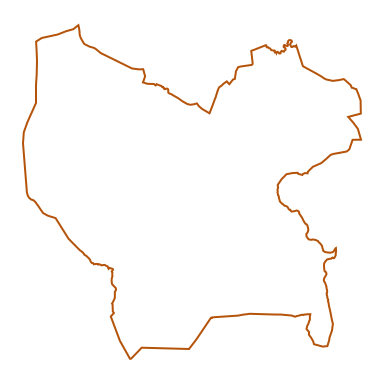 the district of Bagudu, Kebbi, Nigeria
{"feature_id": "59680162B25890229119009", "entity_name": "Bagudu", "entity_type": "district", "adm_level": 2, "iso_a3": "NGA", "parent_name": "Nigeria", "parent_adm1": "Kebbi", "projection": "natural_earth1", "projection_center": [4.112, 11.314], "detail": "fine", "context": "isolated", "style": "outline", "palette": "amber", "viewbox_px": 384, "rotation_deg": 0, "n_neighbors": 0, "source": "geoboundaries", "source_scale": "gbopen_adm2", "svg_char_len": 5852}
<svg xmlns="http://www.w3.org/2000/svg" viewBox="0 0 384 384"><path d="M145.1,76.4L143.2,69.2L139.1,69.4L132.1,68.5L100.8,53.1L96.2,49.3L94.1,47.9L89.7,46.7L85.9,44.8L84.1,43.8L81.4,39.2L80.3,36.9L79.7,34.8L79.5,31.6L79.2,29.0L78.8,26.9L78.4,25.2L76.2,26.9L73.5,29.1L65.9,31.3L57.7,34.5L41.7,38.0L36.1,41.6L36.7,52.5L37.0,61.3L36.7,74.3L36.0,85.0L36.0,103.0L27.4,122.2L23.8,132.3L23.0,143.2L26.9,192.4L27.8,195.6L29.2,197.9L31.1,199.5L33.4,200.2L35.2,201.8L38.1,205.8L43.1,213.1L47.9,215.7L55.6,218.1L68.5,238.7L79.8,250.2L82.4,252.1L83.9,253.7L84.6,255.0L86.1,255.7L87.4,256.9L88.3,257.8L89.3,258.7L90.1,260.0L90.5,261.1L91.2,262.4L91.8,262.9L93.1,263.1L93.8,264.3L95.2,264.0L97.1,263.9L97.8,264.0L98.1,264.6L99.3,264.2L101.5,265.3L104.5,264.9L107.7,266.5L108.2,268.0L108.6,268.8L109.4,267.9L112.7,268.9L113.0,269.8L111.7,271.5L112.4,272.8L112.2,274.9L112.5,276.1L112.0,277.5L111.6,279.8L111.7,281.7L112.0,284.0L113.3,285.5L115.8,288.1L116.0,290.0L114.9,291.8L114.8,298.2L112.5,302.9L112.0,303.6L112.6,304.4L112.8,311.4L113.9,313.0L110.8,316.5L119.9,340.8L130.0,358.8L131.1,358.7L141.7,347.7L189.0,349.0L196.4,339.4L210.9,317.9L211.4,318.1L211.9,318.0L211.9,317.6L212.4,317.5L212.7,317.3L238.2,315.6L242.1,314.8L249.8,313.8L274.0,314.5L280.2,314.5L291.4,315.5L295.2,316.7L297.3,315.9L298.2,315.8L299.7,315.4L300.4,315.1L301.5,314.9L301.9,314.7L303.5,315.0L304.0,314.6L304.5,314.5L305.2,314.5L305.9,314.5L307.3,314.2L308.0,314.3L310.3,314.2L310.2,314.9L309.8,316.8L309.9,317.8L309.8,318.7L309.9,319.8L309.1,321.4L308.4,323.7L307.3,325.7L306.5,329.0L309.1,332.1L308.9,334.7L311.2,337.8L313.2,341.4L314.0,344.2L322.8,346.6L327.4,346.1L329.2,340.1L329.5,337.7L331.6,331.6L332.0,330.5L332.9,323.9L331.8,319.4L330.3,311.5L328.9,305.5L328.6,303.2L327.9,300.8L328.3,300.1L328.0,299.3L327.3,297.8L327.3,296.4L326.7,294.7L326.9,293.9L326.6,293.2L327.1,292.3L327.2,291.0L326.5,288.0L326.4,287.3L326.5,286.6L326.0,285.6L325.6,284.2L324.9,282.5L324.2,281.5L323.8,280.4L324.1,278.4L325.2,276.6L326.5,274.1L326.1,272.3L324.7,271.3L324.3,269.6L324.2,268.2L324.0,266.6L324.0,265.6L324.1,263.6L325.1,261.7L326.3,260.4L326.9,259.6L327.6,259.3L328.4,259.2L329.0,258.9L329.6,258.8L330.5,258.8L331.2,258.6L331.6,258.1L332.5,257.6L333.2,258.2L334.1,258.1L334.3,257.6L334.7,257.3L334.9,256.9L335.6,255.5L335.8,254.8L335.6,253.8L336.1,251.6L335.9,248.1L335.3,248.5L335.0,249.2L334.5,249.8L333.7,251.3L333.1,251.9L332.1,252.3L330.0,252.7L329.3,252.7L328.8,252.6L325.3,252.1L324.4,251.6L323.3,250.9L323.1,249.8L322.5,248.2L322.3,247.1L321.9,245.7L320.2,243.5L319.6,242.9L318.6,242.1L318.1,241.1L315.5,239.9L314.4,239.8L313.2,239.4L311.5,239.8L310.6,239.7L309.7,239.6L308.6,239.3L307.7,238.2L306.9,237.0L306.4,236.1L306.5,235.3L306.3,234.2L307.1,233.1L307.6,232.4L308.3,230.2L308.2,228.6L307.8,227.3L307.5,225.8L307.2,225.1L306.8,224.5L305.4,223.7L304.5,222.4L303.8,221.2L303.1,219.9L302.2,217.9L301.4,216.7L300.9,216.1L300.6,215.4L300.0,214.8L299.6,214.3L299.6,213.8L299.1,213.2L299.1,212.3L298.8,211.6L298.3,211.1L297.5,210.9L297.2,210.6L296.6,210.5L294.6,211.1L291.8,211.6L291.1,211.3L290.3,209.8L289.7,209.9L289.2,209.6L288.5,208.7L287.9,207.6L287.4,206.9L286.4,206.2L284.3,205.6L283.2,204.4L282.5,204.0L281.5,203.1L280.4,202.0L279.8,201.1L279.6,200.2L279.4,199.6L279.2,198.8L278.9,198.1L278.9,196.9L278.4,195.5L278.0,195.1L278.0,194.5L277.5,192.7L277.7,191.0L277.5,190.3L277.6,189.1L278.1,187.9L277.7,184.9L281.9,178.8L284.3,176.5L286.3,174.3L292.1,173.1L297.7,172.8L298.3,173.9L301.5,174.7L302.3,175.0L302.9,174.1L304.8,173.1L307.6,173.3L307.9,171.7L309.6,170.0L312.9,166.8L321.4,163.0L326.1,159.0L330.6,154.9L333.0,154.0L346.7,151.5L349.3,149.4L352.6,139.8L361.0,139.7L357.9,128.9L353.3,122.7L348.2,116.9L360.8,113.6L360.6,100.3L359.4,97.3L358.7,95.1L356.3,89.1L355.6,89.1L352.9,87.9L351.7,87.7L350.7,85.2L345.2,80.2L343.7,79.1L337.8,80.3L337.0,80.3L332.9,80.9L326.4,79.5L324.1,78.4L321.4,76.5L317.3,74.1L302.9,66.2L299.6,56.0L296.4,45.9L296.0,46.6L295.8,46.8L295.5,46.7L295.1,46.6L295.0,46.1L294.6,46.3L294.2,46.2L293.8,46.1L293.5,46.2L293.1,46.4L292.7,46.9L292.4,46.9L292.0,46.7L291.8,47.0L291.6,47.0L291.2,46.8L291.1,46.7L291.0,46.3L290.7,45.7L290.5,45.2L290.3,45.0L290.0,44.6L290.1,44.2L290.4,43.8L291.0,42.6L291.4,42.4L291.7,42.1L291.9,41.8L292.0,41.5L291.6,40.8L290.8,40.1L289.1,40.1L288.2,41.0L288.0,41.4L288.0,42.4L287.5,43.0L287.3,43.4L287.4,43.8L287.5,44.0L287.8,44.2L288.0,44.6L287.9,45.4L287.8,45.7L287.5,45.8L287.3,46.0L287.1,45.9L286.1,45.9L285.3,45.5L285.0,45.2L284.6,45.0L284.3,44.9L283.7,46.0L284.0,46.4L283.7,46.8L283.8,47.2L284.6,47.8L285.1,48.0L285.4,48.3L285.5,48.7L285.6,49.1L285.6,49.5L285.4,49.9L284.9,50.1L284.6,50.7L284.2,51.0L283.9,51.7L283.4,51.7L282.5,51.1L282.2,51.1L281.8,50.9L281.6,51.0L281.1,51.5L280.6,52.3L280.6,53.0L280.5,53.3L280.2,53.4L279.7,53.1L279.2,53.4L278.1,52.1L277.8,51.9L277.3,51.9L276.9,52.2L276.5,53.1L276.3,52.5L276.0,52.3L275.6,52.4L275.3,52.5L275.0,52.5L274.8,52.2L274.7,51.9L274.9,51.0L274.7,50.6L274.2,50.5L273.3,50.5L272.2,50.3L271.3,50.1L270.6,49.2L270.1,48.5L269.7,48.3L269.0,48.1L268.6,47.8L268.4,47.4L268.1,47.2L267.7,47.2L267.0,47.4L266.8,47.3L266.4,46.5L266.3,45.6L266.2,45.3L265.8,45.2L254.4,49.7L251.3,50.8L251.3,51.5L252.6,62.7L252.6,63.7L252.5,64.2L251.8,64.9L240.7,66.5L238.1,67.2L236.0,71.2L234.8,79.0L233.0,79.5L229.4,84.2L229.1,84.0L226.8,81.4L223.1,84.0L222.3,85.0L222.1,85.1L221.7,85.5L219.1,87.4L218.6,88.3L217.5,91.2L215.4,98.0L215.1,98.5L212.8,104.8L209.5,113.3L202.2,109.0L199.0,106.3L196.9,103.4L194.1,104.2L190.4,104.8L187.3,104.0L182.8,101.5L178.0,98.1L171.1,94.1L169.2,93.4L168.3,92.6L168.2,89.6L167.7,88.8L166.5,88.6L165.0,89.2L164.6,89.2L164.2,88.9L164.3,88.3L164.2,88.1L163.6,88.0L163.3,87.6L163.2,87.0L162.8,86.9L162.6,87.2L162.2,87.1L162.1,86.7L161.2,85.8L160.7,85.8L156.6,84.2L155.7,85.4L153.9,84.0L147.4,83.8L143.0,82.4L145.1,76.4Z" fill="none" stroke="#b45309" stroke-width="2"/></svg>